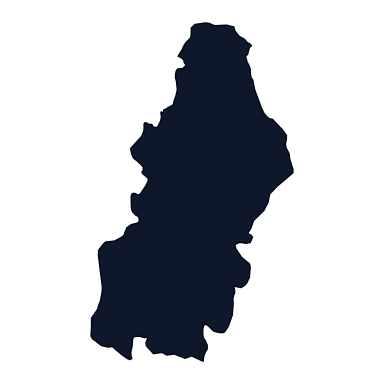 outline of Francisco Morazán
{"feature_id": "HND-639", "entity_name": "Francisco Morazán", "entity_type": "Department", "adm_level": 1, "iso_a3": "HND", "parent_name": "Honduras", "parent_adm1": "", "projection": "robinson", "projection_center": [-87.226, 14.346], "detail": "fine", "context": "isolated", "style": "filled", "palette": "ink", "viewbox_px": 384, "rotation_deg": 0, "n_neighbors": 0, "source": "natural_earth", "source_scale": "10m", "svg_char_len": 3383}
<svg xmlns="http://www.w3.org/2000/svg" viewBox="0 0 384 384"><path d="M162.5,113.0L163.2,112.8L163.5,112.1L163.6,110.6L163.8,109.9L164.3,109.6L165.1,109.5L166.3,109.0L168.2,107.4L168.9,107.1L169.7,106.9L170.7,106.4L171.8,105.8L173.4,104.6L173.8,104.0L173.8,103.6L173.6,103.2L173.8,102.1L176.1,95.4L177.4,89.6L176.5,81.2L175.5,77.4L175.7,73.5L176.3,71.1L177.0,69.9L177.6,69.2L178.2,69.0L182.8,68.5L186.2,65.5L184.1,61.9L183.9,60.1L182.7,58.7L181.9,58.0L178.2,56.1L182.3,49.6L183.7,46.2L185.9,42.7L190.1,38.5L190.9,37.2L191.2,35.7L191.4,30.6L191.3,28.1L195.1,24.5L205.4,23.0L207.5,23.2L210.0,23.7L211.7,24.7L215.0,25.8L226.6,25.2L233.8,27.0L234.4,29.7L235.2,31.4L237.4,34.4L239.4,36.5L244.5,39.4L246.9,42.4L250.0,44.2L250.9,45.0L251.3,45.6L249.3,47.5L247.6,54.2L245.5,56.2L246.8,61.4L247.6,63.1L249.0,65.8L250.0,68.4L250.5,75.1L251.1,77.7L252.8,80.4L254.5,89.5L261.3,107.9L263.8,113.2L266.7,116.7L268.6,118.5L272.8,119.6L274.8,122.0L282.3,129.7L286.4,135.5L286.2,139.9L285.3,143.9L285.6,145.9L286.1,148.2L288.3,152.2L289.1,154.0L289.5,157.7L290.2,161.1L292.9,169.4L292.8,172.8L276.7,186.5L269.6,194.0L268.0,202.1L263.9,210.3L253.4,220.6L250.8,228.3L248.4,232.0L248.0,233.2L248.3,234.1L250.1,234.7L251.2,235.5L252.1,236.6L252.3,237.6L250.1,242.5L245.6,243.3L242.1,242.5L239.1,242.5L234.6,244.6L235.9,249.0L241.5,257.4L247.4,262.3L249.0,263.4L249.7,264.9L250.1,267.6L249.3,277.4L247.0,282.4L244.5,285.4L241.0,287.5L233.5,286.0L234.4,289.5L234.6,291.3L234.4,293.4L233.4,295.8L232.8,299.0L233.1,303.9L232.2,315.2L228.2,326.4L224.6,331.7L223.5,332.5L220.1,332.6L214.9,331.5L213.1,330.5L208.2,325.6L205.0,323.9L203.5,325.9L203.2,326.8L202.8,328.7L202.7,332.2L202.8,335.7L203.4,338.3L204.8,340.1L207.2,345.2L207.1,349.1L205.4,351.7L203.8,355.7L203.2,359.9L203.1,361.0L202.1,360.8L191.8,355.8L185.0,358.2L174.4,354.0L167.0,355.0L164.8,353.9L162.3,352.4L153.5,353.6L150.6,350.4L146.5,345.9L146.0,342.8L147.6,338.6L147.8,337.6L146.9,337.3L145.6,337.3L144.7,337.6L142.3,337.0L139.7,336.2L135.6,336.3L133.2,337.1L132.5,339.9L132.0,346.3L130.8,351.7L130.8,355.2L131.7,358.5L130.1,359.5L127.9,358.8L122.2,354.9L114.5,348.4L113.9,347.5L112.9,346.9L112.1,346.5L108.2,347.0L101.5,345.5L92.7,338.8L91.1,336.0L91.6,325.3L91.6,318.1L97.6,309.5L99.3,303.8L99.9,302.8L100.5,301.1L102.1,292.5L102.5,287.7L98.5,255.4L98.7,250.3L103.2,244.3L104.9,242.7L106.2,241.9L107.6,241.9L114.5,241.1L120.6,237.9L123.2,236.2L124.6,234.3L124.8,232.9L127.0,227.7L131.3,224.7L136.9,223.3L138.5,222.4L139.4,220.8L139.4,219.3L139.1,218.3L138.5,216.7L138.2,216.3L137.7,216.0L136.9,215.7L136.2,215.3L135.2,214.6L134.0,213.3L132.7,211.8L132.0,210.3L131.5,207.7L131.2,198.0L131.5,195.4L132.1,194.0L133.1,193.5L134.1,193.4L135.4,193.7L138.0,195.1L139.6,194.5L140.7,193.6L146.4,185.1L148.6,179.9L147.9,178.0L142.6,173.5L142.3,172.8L142.1,172.0L142.8,171.3L143.3,170.3L143.4,168.0L143.0,166.8L142.4,165.9L137.3,160.9L133.9,158.4L132.8,156.6L131.9,154.3L131.4,152.4L130.7,148.6L141.7,136.4L143.6,132.0L143.8,130.8L144.1,129.4L144.2,128.0L144.1,124.3L144.5,123.3L145.2,122.8L146.0,122.9L147.0,123.3L147.9,123.9L148.8,124.3L149.7,124.5L150.5,124.6L151.2,124.5L151.8,124.6L152.1,125.0L152.3,126.0L152.6,126.5L153.3,126.8L154.1,127.2L155.0,127.4L157.4,127.5L160.6,121.2L161.4,117.8L161.4,116.4L161.3,115.0L160.9,113.2L161.1,112.3L161.4,112.0L161.7,112.3L162.1,112.7L162.5,113.0Z" fill="#0f172a" stroke="#020617" stroke-width="1.5"/></svg>